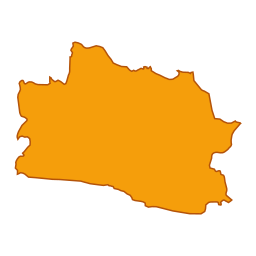 SVG path tracing the border of Jawa Barat
{"feature_id": "IDN-1223", "entity_name": "Jawa Barat", "entity_type": "Province", "adm_level": 1, "iso_a3": "IDN", "parent_name": "Indonesia", "parent_adm1": "", "projection": "orthographic", "projection_center": [107.637, -6.866], "detail": "fine", "context": "isolated", "style": "filled", "palette": "amber", "viewbox_px": 256, "rotation_deg": 0, "n_neighbors": 0, "source": "natural_earth", "source_scale": "10m", "svg_char_len": 3375}
<svg xmlns="http://www.w3.org/2000/svg" viewBox="0 0 256 256"><path d="M70.0,57.1L70.4,57.0L71.5,56.5L71.8,54.7L72.3,53.6L72.4,52.5L71.5,51.2L70.9,50.2L71.4,48.9L73.3,46.2L72.9,43.1L75.0,42.2L78.2,42.9L81.3,44.3L82.3,45.3L83.2,46.5L84.5,47.5L86.2,48.1L87.8,48.1L89.4,47.9L96.2,45.8L99.7,46.5L102.8,47.7L105.0,50.7L108.0,55.6L111.0,59.3L113.2,63.0L116.8,64.7L121.5,66.5L126.7,66.8L129.7,70.2L131.8,71.3L133.7,70.3L135.1,71.1L136.6,70.8L137.8,70.0L139.8,69.1L140.3,68.6L141.2,68.4L142.1,68.6L143.0,69.0L143.6,68.9L143.9,68.1L143.7,67.0L145.0,66.6L147.0,67.2L147.1,68.4L148.4,68.5L149.7,67.1L150.3,66.7L151.3,68.8L151.3,70.7L155.9,73.6L159.8,75.2L165.0,77.8L167.2,78.6L169.0,79.4L170.7,79.4L172.2,79.3L173.3,79.0L174.8,78.0L177.0,76.7L177.4,76.5L178.1,75.8L178.8,74.8L179.1,73.6L179.0,72.4L178.4,71.6L177.3,70.8L178.4,70.4L180.0,71.4L182.9,72.2L188.4,72.4L190.4,73.5L191.0,72.5L192.9,72.1L193.3,74.5L193.9,80.6L201.4,89.8L203.1,90.7L204.3,91.1L208.9,93.8L212.0,110.3L214.7,118.6L219.9,119.1L223.7,121.7L227.6,123.2L231.4,123.1L235.3,121.0L236.0,121.9L237.4,122.3L238.9,122.6L240.2,122.9L240.6,123.4L240.4,123.5L234.2,130.7L232.2,134.2L231.8,135.7L231.1,140.1L231.2,142.8L231.5,144.4L231.1,145.6L230.4,146.7L229.3,147.6L228.2,149.0L227.0,150.1L224.7,151.8L223.8,152.3L222.7,152.7L220.4,152.8L217.0,152.3L215.4,152.4L213.8,152.9L212.7,153.7L212.0,154.8L211.7,156.2L211.6,158.2L209.4,165.2L210.0,168.0L212.3,168.6L214.4,169.2L215.1,170.6L215.6,171.2L216.5,171.5L218.6,170.8L219.7,170.8L220.2,171.1L220.5,172.3L220.9,174.3L221.5,174.6L222.4,174.9L223.5,175.3L223.9,176.0L224.2,176.7L224.5,178.1L225.0,181.9L226.7,188.4L226.8,189.8L226.7,190.9L226.2,192.4L226.0,193.3L226.0,194.6L226.3,195.3L226.7,195.7L231.8,200.0L230.9,200.8L228.5,202.5L226.2,201.2L225.6,201.0L225.0,200.5L224.2,200.1L223.4,200.1L222.3,200.7L221.4,201.6L220.6,202.3L221.2,204.1L221.0,204.9L220.6,205.0L218.7,204.6L218.2,202.5L217.6,202.1L216.4,201.9L210.5,202.0L208.7,202.4L205.8,204.9L205.5,208.9L204.7,211.5L201.0,213.8L189.7,213.7L172.8,210.9L156.4,206.7L152.0,206.6L148.4,207.1L145.3,205.7L145.2,203.1L143.3,201.9L140.8,201.3L135.0,200.5L132.5,199.6L131.8,197.6L130.2,195.3L127.1,193.9L124.0,191.4L120.8,190.6L118.4,189.4L114.2,188.5L113.2,186.6L111.6,186.2L109.8,185.6L109.3,185.8L108.7,185.5L107.9,184.7L103.5,185.4L97.8,184.7L93.2,184.1L90.1,183.7L87.3,182.9L84.2,182.1L80.8,181.1L59.7,179.5L52.5,179.3L36.2,177.7L28.5,177.1L24.8,174.0L22.9,173.1L20.6,172.7L18.2,173.9L17.4,174.2L17.5,172.6L17.5,170.3L15.4,168.1L16.0,164.3L15.8,162.4L16.3,160.9L17.4,158.9L18.9,157.0L20.4,156.2L22.0,156.3L23.5,156.0L24.0,155.1L22.6,153.2L24.2,151.7L27.7,147.3L30.1,145.0L30.2,141.6L29.7,138.6L27.4,136.8L24.8,137.1L22.1,136.1L19.6,136.8L17.9,139.3L17.5,138.2L17.2,137.2L17.2,135.9L17.7,133.9L18.6,131.5L22.0,125.4L26.9,120.6L27.1,119.2L25.4,117.7L24.2,117.1L21.4,116.2L20.6,114.9L19.8,112.8L17.8,97.3L18.2,94.4L19.5,91.8L20.4,89.6L20.2,87.2L19.7,85.0L19.2,83.4L20.1,81.6L21.3,80.8L22.0,80.4L22.9,80.5L23.5,81.2L23.9,82.4L24.5,83.6L25.4,83.9L26.5,83.4L27.7,82.5L29.1,81.9L31.7,82.0L33.5,82.8L35.3,83.9L38.0,84.6L47.7,84.8L50.1,83.3L49.8,81.9L49.8,77.1L51.1,77.9L51.3,78.5L51.8,79.3L52.4,79.9L53.4,80.6L54.4,81.5L55.3,81.6L56.2,81.3L58.0,80.2L60.7,81.6L64.2,84.3L65.8,83.6L66.8,81.1L68.5,75.0L69.2,73.6L69.5,72.4L69.7,71.1L69.7,68.0L69.9,63.1L70.1,57.3L70.0,57.1Z" fill="#f59e0b" stroke="#b45309" stroke-width="1.5"/></svg>